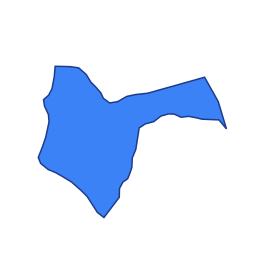 outline of Coqueiro Seco, Alagoas, Brazil, rotated 164°
{"feature_id": "56859067B38528567651193", "entity_name": "Coqueiro Seco", "entity_type": "district", "adm_level": 2, "iso_a3": "BRA", "parent_name": "Brazil", "parent_adm1": "Alagoas", "projection": "mercator", "projection_center": [-35.809, -9.641], "detail": "fine", "context": "isolated", "style": "filled", "palette": "blue", "viewbox_px": 256, "rotation_deg": 164, "n_neighbors": 0, "source": "geoboundaries", "source_scale": "gbopen_adm2", "svg_char_len": 831}
<svg xmlns="http://www.w3.org/2000/svg" viewBox="0 0 256 256"><g transform="rotate(164 128 128)"><path d="M181.0,207.4L184.9,197.3L190.3,186.6L195.3,181.4L201.4,178.5L202.2,172.1L200.8,162.9L202.2,155.7L209.5,142.0L214.6,134.6L218.7,129.2L222.4,124.3L221.7,118.0L216.1,110.0L209.7,104.9L205.3,100.4L197.2,91.7L190.5,81.2L186.1,73.3L180.7,55.3L175.8,48.6L155.5,63.8L152.8,72.3L147.7,77.5L142.3,79.3L138.5,84.2L135.2,89.0L132.1,98.1L126.4,105.3L117.2,125.0L110.2,127.2L101.5,127.0L93.1,130.4L85.3,130.4L79.7,128.6L74.0,123.7L66.5,122.5L59.9,119.2L54.5,116.1L38.3,110.7L33.6,100.0L34.0,128.6L40.4,155.7L99.4,156.0L111.7,158.1L120.5,158.7L130.6,156.2L138.7,157.1L143.5,163.3L144.4,169.1L147.4,175.7L151.1,182.5L153.4,190.9L158.8,199.4L166.6,202.9L172.9,204.9L181.0,207.4Z" fill="#3b82f6" stroke="#1e3a8a" stroke-width="1.5"/></g></svg>